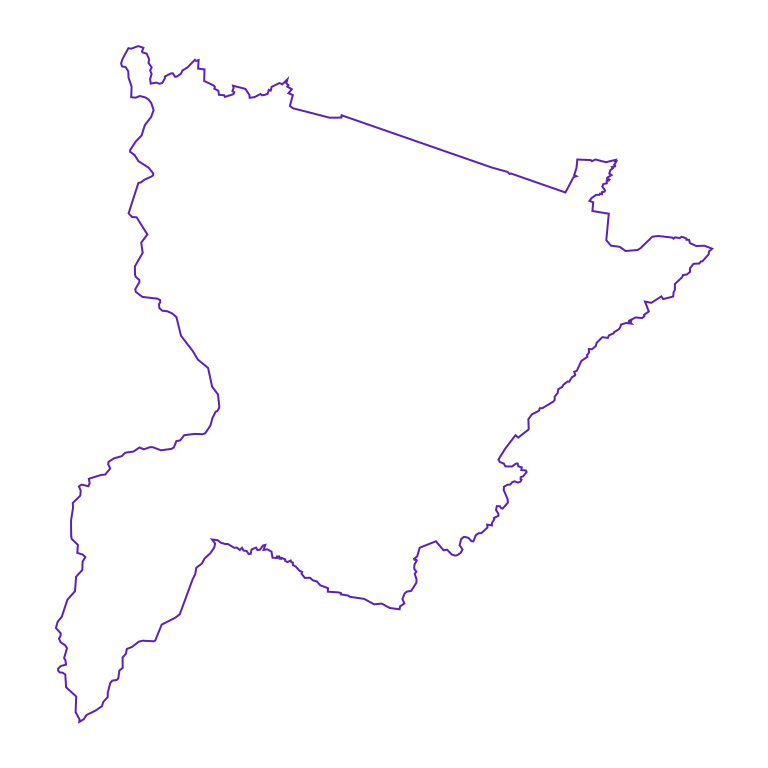 outline of Acateno, Puebla, Mexico
{"feature_id": "50627088B68645229361242", "entity_name": "Acateno", "entity_type": "district", "adm_level": 2, "iso_a3": "MEX", "parent_name": "Mexico", "parent_adm1": "Puebla", "projection": "albers", "projection_center": [-97.228, 20.1], "detail": "fine", "context": "isolated", "style": "outline", "palette": "violet", "viewbox_px": 768, "rotation_deg": 0, "n_neighbors": 0, "source": "geoboundaries", "source_scale": "gbopen_adm2", "svg_char_len": 6004}
<svg xmlns="http://www.w3.org/2000/svg" viewBox="0 0 768 768"><path d="M615.8,159.8L606.0,162.2L595.4,159.5L591.8,161.2L590.8,160.1L577.3,159.5L576.5,167.8L574.2,175.1L576.4,176.2L573.5,177.2L565.4,192.5L511.0,173.5L509.7,174.0L507.5,171.9L492.3,167.7L341.6,115.3L341.3,117.6L329.6,117.7L293.1,108.3L289.9,106.0L292.8,95.1L288.5,93.2L291.8,89.2L287.2,86.6L288.4,85.2L286.3,83.3L287.4,79.3L282.3,84.3L279.5,83.0L271.6,86.9L270.7,90.6L268.8,89.9L267.7,93.8L264.6,94.9L262.1,95.3L260.3,94.0L254.7,97.1L249.7,97.8L249.4,95.0L245.4,88.9L233.0,85.7L233.6,87.9L232.4,91.2L234.3,92.2L233.4,94.2L224.9,96.9L224.1,95.2L219.0,94.8L218.3,90.7L214.3,88.7L214.9,87.0L213.8,85.5L204.2,81.0L204.5,69.4L198.1,68.6L198.6,60.1L196.2,61.0L194.9,59.8L187.5,67.4L182.5,70.5L181.0,73.7L176.7,76.6L175.1,76.8L172.8,73.3L171.0,73.4L164.8,76.5L164.9,78.3L162.3,82.9L159.6,83.8L156.4,82.6L150.7,83.6L150.1,79.1L151.6,74.0L150.1,70.3L151.7,67.5L148.5,62.9L149.2,59.4L146.7,53.6L142.6,52.5L142.0,51.5L143.4,47.8L138.2,46.1L131.2,48.7L128.4,48.2L122.6,58.8L121.1,63.5L122.0,66.4L125.7,67.2L128.3,71.4L128.5,77.5L131.6,86.7L131.2,97.2L135.6,97.7L139.9,96.0L145.5,97.5L148.5,99.5L151.2,102.9L153.6,110.0L151.2,116.9L144.9,125.0L141.6,135.4L135.5,141.8L130.2,150.0L130.1,151.8L134.6,155.0L138.5,161.2L148.5,167.6L153.3,173.4L153.1,175.3L151.7,176.4L144.5,179.7L140.7,182.5L138.4,182.9L128.6,213.3L132.1,217.0L136.6,217.3L147.4,234.5L141.2,242.6L142.7,252.8L134.9,266.4L135.0,274.8L135.9,277.0L139.3,279.9L139.4,282.2L135.3,289.1L135.8,291.9L142.4,296.9L157.7,298.7L160.1,300.1L160.3,302.2L159.0,304.1L159.4,308.1L162.2,310.7L167.4,311.3L172.1,313.4L176.4,317.0L181.0,335.8L192.8,351.1L197.9,359.6L208.1,368.0L212.1,386.6L218.0,394.5L219.3,406.5L218.9,408.5L217.0,411.4L215.7,411.6L212.3,418.4L210.5,425.4L205.2,433.3L202.6,434.2L194.7,433.9L184.2,435.2L180.2,440.4L176.4,441.1L173.8,447.5L171.3,448.9L161.0,450.3L153.1,447.3L150.3,447.1L143.9,449.3L139.4,447.5L133.6,451.5L125.2,452.7L121.8,456.1L113.9,458.4L108.6,461.8L108.2,464.2L110.2,468.6L105.1,474.6L101.3,474.9L88.8,478.8L89.7,483.1L88.3,486.2L81.6,484.6L78.9,486.4L80.7,490.6L80.3,495.6L72.8,502.9L73.0,508.0L71.0,520.7L71.2,536.2L71.6,538.8L77.9,544.9L77.3,552.9L82.8,554.6L85.4,557.1L82.6,561.5L82.3,570.0L76.1,576.7L75.0,591.2L67.4,599.7L61.8,616.7L57.7,621.7L55.9,628.0L60.7,633.3L60.6,635.6L59.0,638.7L60.6,642.2L65.2,645.3L67.0,648.2L64.1,658.1L65.4,660.1L66.0,664.6L60.7,666.1L58.1,668.7L58.2,670.8L59.7,672.4L62.5,672.6L65.3,674.5L66.1,687.3L76.2,696.5L75.6,712.1L79.5,719.3L79.3,721.9L83.8,719.2L86.5,715.0L95.9,710.4L102.0,706.1L103.2,702.1L107.7,697.0L107.8,692.6L110.2,683.2L112.2,680.6L116.7,680.0L118.3,678.4L119.4,670.5L122.7,667.9L122.6,657.4L126.0,653.6L126.8,649.0L132.0,646.9L138.9,641.6L142.8,640.7L153.7,641.3L155.2,640.6L161.7,624.6L175.3,617.7L179.8,614.2L192.7,579.1L195.2,574.3L196.3,567.7L201.9,563.6L204.5,558.6L210.3,553.3L214.3,547.3L215.1,543.5L212.0,539.5L217.6,540.2L220.9,542.7L225.5,544.1L227.7,543.9L234.2,547.8L237.0,547.7L239.8,550.0L242.0,547.8L243.6,550.6L246.5,550.9L248.6,553.9L250.7,553.8L251.6,549.4L256.0,547.6L257.4,550.0L260.0,549.7L263.0,545.5L265.3,544.9L263.6,549.9L267.3,549.3L271.5,551.7L272.5,557.7L277.2,558.0L277.0,556.5L279.1,556.4L279.6,558.7L281.3,558.8L281.4,557.8L285.2,559.4L285.2,560.8L287.4,562.1L290.7,560.5L291.3,562.2L292.8,562.5L293.0,565.1L295.7,566.5L299.5,570.8L302.1,571.9L301.5,573.7L304.8,577.9L310.1,577.8L312.9,580.4L316.8,581.4L320.3,585.3L328.0,588.2L327.8,591.7L338.6,592.4L340.9,593.1L340.8,594.4L348.0,595.5L349.8,596.8L364.2,598.9L374.1,604.3L381.7,603.6L389.9,608.0L399.6,609.3L400.1,606.3L404.4,603.5L402.4,599.0L404.6,593.5L406.8,591.6L411.1,591.0L416.4,582.7L416.5,579.2L414.7,573.9L416.4,571.8L414.4,569.2L414.2,567.2L414.6,564.2L416.7,560.8L416.4,559.8L414.5,559.8L414.1,558.9L417.2,556.3L419.7,547.7L435.9,541.3L443.5,550.2L447.1,549.7L451.9,554.6L455.2,555.6L457.2,555.2L460.6,552.9L462.5,549.5L459.6,545.2L461.3,538.9L463.8,536.9L465.9,537.2L468.4,537.8L471.5,541.2L473.4,541.4L475.8,535.2L478.7,533.2L481.4,533.1L487.5,527.5L487.2,524.6L491.9,525.4L491.9,523.2L494.3,519.2L493.9,518.0L498.4,515.8L498.5,514.0L496.0,510.0L496.8,506.1L499.9,506.2L500.7,507.7L502.6,508.6L507.9,502.6L507.6,499.2L503.7,490.0L504.0,486.7L507.6,484.7L510.2,484.6L512.2,482.2L514.5,481.3L517.9,482.6L520.5,481.6L521.5,479.7L520.6,479.2L520.7,477.2L523.1,476.3L526.6,472.1L526.0,470.5L521.3,470.1L521.7,467.3L518.4,466.4L517.7,463.6L516.1,463.5L512.0,466.5L505.4,466.4L503.8,463.6L499.8,462.0L498.4,459.6L505.2,448.7L515.5,435.2L518.2,437.6L528.7,429.4L528.4,419.1L531.9,414.4L538.9,410.8L539.8,408.2L542.3,408.2L553.6,401.4L554.7,399.9L554.7,396.6L557.6,393.1L558.4,389.1L562.3,386.8L563.4,384.7L567.4,381.6L569.2,381.7L571.9,377.2L574.7,375.7L575.3,374.9L574.2,371.8L576.8,370.8L581.4,360.9L587.4,356.8L587.0,355.1L589.0,352.6L588.8,349.1L592.0,349.2L595.9,345.9L596.6,342.9L602.3,337.2L607.8,337.9L609.0,335.3L613.8,333.2L614.0,332.2L618.5,329.5L620.2,327.5L621.0,324.5L626.1,323.0L631.3,323.6L630.5,322.9L631.1,321.3L628.9,321.4L629.0,320.8L635.7,317.4L641.9,318.1L644.3,316.4L644.0,314.9L648.8,311.5L645.0,301.6L651.4,302.8L661.4,296.4L663.1,299.1L673.2,296.5L673.6,292.2L674.9,289.7L674.9,284.0L682.1,277.2L683.0,275.1L686.8,274.5L690.0,271.9L690.0,268.3L693.5,263.8L699.3,263.5L700.8,261.5L702.4,261.3L708.7,254.3L708.9,251.6L712.1,248.7L704.4,245.7L696.3,246.0L690.0,243.1L689.0,239.8L686.5,239.8L686.4,238.5L683.5,237.3L681.5,236.8L679.8,238.1L675.1,237.3L673.6,238.7L672.4,237.6L658.3,236.0L652.3,236.7L640.5,248.2L637.5,250.0L625.6,251.0L619.6,246.8L611.0,245.7L606.3,240.2L608.8,213.7L592.4,211.0L593.2,202.3L589.5,200.9L591.4,198.2L596.0,194.9L599.4,194.8L600.1,193.6L601.9,194.2L602.2,191.9L604.4,191.8L605.1,190.3L602.3,186.6L603.3,184.1L606.8,183.3L606.7,180.7L608.7,180.6L609.5,179.6L607.1,178.7L607.2,177.7L611.5,175.1L609.3,173.6L610.4,170.1L612.8,168.3L612.0,167.0L614.9,166.5L615.2,165.6L614.2,164.8L616.5,161.2L615.2,161.1L615.8,159.8Z" fill="none" stroke="#5b21b6" stroke-width="2"/></svg>